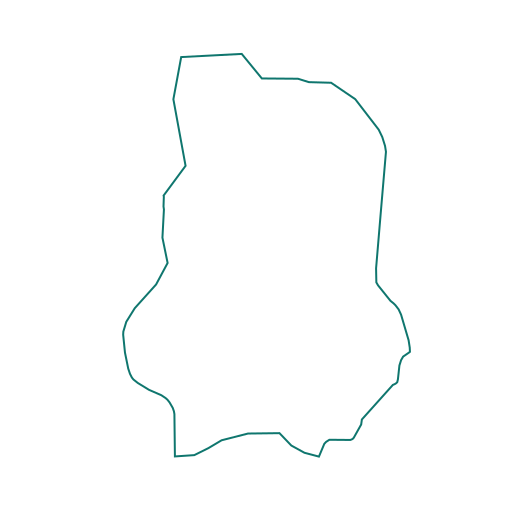 the Prefecture of Kissidougou, rotated 262°
{"feature_id": "GIN-5644", "entity_name": "Kissidougou", "entity_type": "Prefecture", "adm_level": 1, "iso_a3": "GIN", "parent_name": "Guinea", "parent_adm1": "", "projection": "albers", "projection_center": [-10.045, 9.288], "detail": "fine", "context": "isolated", "style": "outline", "palette": "teal", "viewbox_px": 512, "rotation_deg": 262, "n_neighbors": 0, "source": "natural_earth", "source_scale": "10m", "svg_char_len": 1085}
<svg xmlns="http://www.w3.org/2000/svg" viewBox="0 0 512 512"><g transform="rotate(262 256 256)"><path d="M221.2,128.7L241.7,153.1L261.4,167.5L287.2,165.9L314.9,171.3L317.9,171.3L327.6,173.0L328.7,172.9L355.1,198.8L422.7,196.0L463.4,209.6L458.1,270.0L431.0,286.5L425.7,322.2L420.8,332.6L417.1,354.5L397.5,376.1L364.0,395.1L356.2,397.6L347.1,399.1L341.1,399.2L282.5,385.8L227.1,373.2L213.1,371.5L209.9,372.8L192.9,382.9L190.0,385.6L187.9,387.2L183.3,389.8L177.7,391.5L151.3,395.4L143.9,395.5L139.7,395.1L139.1,394.1L135.9,387.7L132.7,385.2L127.7,382.8L114.2,379.4L111.4,378.3L110.5,377.1L109.8,375.5L109.3,373.6L79.4,338.1L74.5,336.7L62.4,327.5L61.3,326.1L60.7,323.9L63.8,303.1L62.2,299.6L60.5,297.5L48.6,290.4L54.4,276.6L63.4,264.6L77.3,254.6L81.3,223.4L78.3,196.3L72.4,182.2L67.4,167.2L68.8,147.8L110.8,153.2L113.7,153.1L117.2,152.4L123.1,150.0L126.0,148.3L127.9,146.7L131.3,142.9L138.3,131.5L146.7,121.3L150.7,117.5L151.8,116.8L153.1,116.1L156.9,114.8L162.3,113.8L178.6,112.8L196.5,113.5L199.6,114.1L208.9,118.4L221.2,128.7Z" fill="none" stroke="#0f766e" stroke-width="2"/></g></svg>